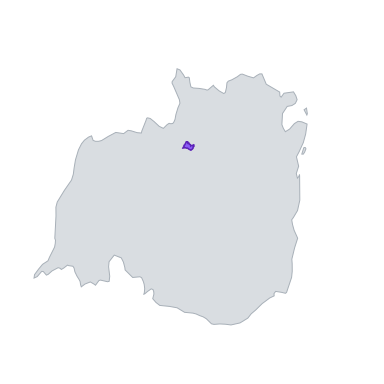 Kaoh Soutin, Kâmpóng Cham, Cambodia shown in context, rotated 200°
{"feature_id": "14789045B43431030516804", "entity_name": "Kaoh Soutin", "entity_type": "district", "adm_level": 2, "iso_a3": "KHM", "parent_name": "Cambodia", "parent_adm1": "Kâmpóng Cham", "projection": "equal_earth", "projection_center": [105.361, 11.887], "detail": "fine", "context": "in_parent", "style": "filled", "palette": "violet", "viewbox_px": 384, "rotation_deg": 200, "n_neighbors": 0, "source": "geoboundaries", "source_scale": "gbopen_adm2", "svg_char_len": 4571}
<svg xmlns="http://www.w3.org/2000/svg" viewBox="0 0 384 384"><g transform="rotate(200 192 192)"><path d="M311.0,57.1L311.7,60.5L309.8,67.0L307.7,72.9L303.8,78.1L303.6,81.9L302.3,93.3L302.9,96.9L303.8,100.0L305.1,101.6L308.5,112.8L311.6,122.9L314.7,131.2L315.2,136.5L312.5,149.8L309.3,162.0L309.6,168.1L311.0,174.3L312.5,182.4L313.1,192.8L312.3,199.6L310.8,203.9L308.0,208.2L305.6,210.4L302.6,206.7L300.2,206.6L297.1,207.7L294.6,209.4L289.6,215.7L284.0,221.9L276.2,223.5L273.2,228.1L270.0,228.7L263.8,229.0L259.8,230.1L260.0,232.4L259.7,243.3L259.8,245.8L259.1,246.5L256.4,246.8L251.7,245.2L245.3,242.5L240.7,242.0L238.4,246.8L237.0,248.7L235.3,248.9L233.5,249.8L232.9,251.9L232.8,254.6L233.6,259.1L234.0,266.3L233.7,271.3L235.4,274.4L245.2,284.8L248.0,287.5L248.4,289.0L246.7,294.7L248.2,302.7L245.1,302.6L240.0,299.1L237.6,297.0L234.7,298.7L233.6,298.4L231.6,294.5L229.0,290.4L226.3,290.2L220.7,291.8L214.9,292.9L212.7,292.9L211.8,293.6L208.4,299.6L207.0,298.5L201.1,296.3L195.8,295.4L194.7,296.9L195.3,301.8L196.5,306.6L195.8,308.6L192.9,311.1L189.0,315.6L186.6,319.2L185.0,320.0L179.1,319.9L173.2,320.3L170.9,323.7L168.7,326.2L166.7,326.9L159.1,318.7L143.8,315.9L142.2,312.3L140.7,311.6L139.3,316.3L130.9,320.8L127.4,318.0L124.8,314.7L125.2,310.7L127.7,307.4L131.8,305.0L133.8,296.7L130.6,286.1L127.9,283.0L124.9,280.6L121.8,284.5L119.2,291.3L116.5,294.7L112.7,295.5L107.1,295.2L105.0,285.2L104.3,276.5L105.1,266.6L105.9,260.8L100.6,252.7L100.3,245.0L97.7,241.1L96.9,243.1L97.0,245.3L96.3,243.7L87.9,221.2L86.5,210.7L88.0,202.7L88.8,200.0L86.4,195.8L83.0,191.0L76.9,184.7L76.5,174.7L75.2,163.0L73.4,159.0L70.7,151.8L69.2,145.8L68.8,130.0L69.5,128.8L73.8,128.3L79.4,127.2L80.2,124.6L79.3,122.5L82.8,118.9L87.9,111.1L91.8,102.9L94.7,97.8L96.4,92.6L102.1,85.4L109.9,80.4L115.3,79.2L120.8,77.5L126.1,75.1L128.6,74.8L135.2,77.8L138.8,78.5L142.5,78.5L146.4,78.8L149.7,78.5L157.8,76.4L166.4,78.1L174.0,76.8L183.5,74.4L188.1,75.9L192.4,78.3L192.9,83.1L193.9,85.3L195.3,87.0L197.2,87.0L199.6,83.6L201.6,80.1L202.3,79.5L202.4,81.2L203.4,85.0L205.2,88.6L207.0,91.1L210.1,94.3L212.0,94.5L218.5,91.4L228.2,95.9L229.3,98.1L232.5,102.7L235.9,105.9L243.5,106.1L246.1,98.1L244.8,93.2L240.5,84.7L239.3,79.7L240.7,78.8L248.0,77.9L249.2,76.9L250.8,71.4L252.8,72.0L256.8,72.7L261.1,68.9L263.6,65.0L265.0,66.8L266.5,69.6L268.2,71.2L271.3,73.6L274.7,76.9L276.8,80.2L278.5,81.5L282.8,80.6L284.0,80.7L286.5,76.7L288.3,74.5L289.8,75.2L291.9,75.1L296.5,70.0L299.0,65.4L300.4,64.1L304.5,66.4L306.1,66.0L308.5,59.6L311.0,57.1ZM102.1,271.8L101.3,272.4L100.5,272.4L99.7,271.5L99.8,267.9L100.4,265.6L101.8,265.2L102.1,271.8ZM114.8,307.6L113.1,310.0L110.4,305.0L110.4,303.6L114.8,307.6Z" fill="#d9dde1" stroke="#a8b0b8" stroke-width="1"/><path d="M209.8,231.2L209.7,231.2L209.4,231.1L209.2,231.1L208.9,231.1L208.7,231.1L208.4,231.0L208.2,231.0L207.7,231.0L207.6,230.9L207.3,230.9L207.2,231.0L207.2,231.4L207.2,231.5L206.9,231.7L206.8,231.8L206.7,231.9L206.6,232.0L206.4,232.4L206.3,232.5L206.2,232.9L206.2,233.0L206.0,233.3L206.0,233.5L206.1,233.8L206.2,234.0L206.2,234.3L206.2,234.6L206.0,234.9L206.0,235.2L206.0,235.3L206.0,235.5L205.9,235.6L206.0,235.7L206.0,235.8L206.1,236.1L206.2,236.3L206.1,236.5L206.2,236.8L206.3,236.8L206.5,236.8L206.7,236.6L206.7,236.4L206.8,236.4L207.0,236.6L207.2,236.3L207.2,236.1L206.9,235.9L207.0,235.8L207.3,235.9L207.4,235.7L207.5,235.7L207.8,235.7L208.0,235.6L208.3,235.5L208.4,235.4L208.5,235.3L208.8,235.3L208.9,235.2L209.0,235.0L209.1,235.3L209.3,235.4L209.4,235.5L209.5,235.6L209.5,235.8L209.7,236.0L209.8,236.0L210.0,236.0L210.3,236.0L210.5,235.9L210.8,235.9L210.8,236.0L211.0,236.2L211.1,236.3L211.2,236.5L211.3,236.6L211.5,236.6L211.9,236.8L211.9,237.0L212.0,237.0L212.1,236.9L212.3,236.7L212.5,236.5L212.6,236.8L212.8,236.8L212.9,237.0L212.9,237.3L213.0,237.3L213.1,237.5L213.3,237.7L213.5,237.6L213.9,237.5L214.0,237.4L214.3,237.4L214.5,237.3L214.6,237.2L214.6,236.9L214.6,236.7L214.6,236.4L214.7,236.1L214.7,235.6L214.8,235.3L214.8,235.0L214.8,234.8L214.9,234.6L214.9,234.4L214.9,234.2L214.9,233.9L215.0,233.7L215.3,233.3L215.4,233.2L215.5,233.1L215.4,232.9L215.3,232.7L215.2,232.7L215.1,232.4L215.0,232.2L215.2,231.9L215.4,231.4L215.5,230.9L215.6,230.5L215.6,230.2L215.4,230.3L215.2,230.4L215.1,230.5L214.8,230.6L214.7,230.7L214.5,230.8L214.3,230.9L214.1,231.0L213.9,231.1L213.7,231.1L213.4,231.3L213.0,231.4L212.9,231.4L212.7,231.3L212.4,231.3L212.2,231.3L211.9,231.4L211.8,231.5L211.6,231.6L211.4,231.7L211.1,231.7L210.9,231.6L210.7,231.5L210.4,231.4L210.2,231.4L209.8,231.2L209.8,231.2Z" fill="#8b5cf6" stroke="#5b21b6" stroke-width="1.5"/></g></svg>